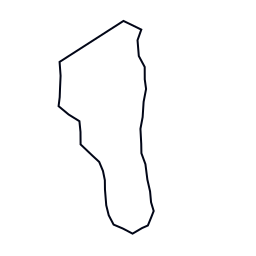 Kannavia, Nicosia, Cyprus, rotated 328°
{"feature_id": "46923920B89449499533313", "entity_name": "Kannavia", "entity_type": "district", "adm_level": 2, "iso_a3": "CYP", "parent_name": "Cyprus", "parent_adm1": "Nicosia", "projection": "equal_earth", "projection_center": [32.984, 34.982], "detail": "fine", "context": "isolated", "style": "outline", "palette": "ink", "viewbox_px": 256, "rotation_deg": 328, "n_neighbors": 0, "source": "geoboundaries", "source_scale": "gbopen_adm2", "svg_char_len": 622}
<svg xmlns="http://www.w3.org/2000/svg" viewBox="0 0 256 256"><g transform="rotate(328 128 128)"><path d="M80.7,72.7L84.8,85.1L90.4,96.5L85.6,106.2L79.1,116.8L83.2,132.7L85.6,141.5L84.0,151.2L80.7,160.0L75.9,167.9L68.6,182.0L65.4,191.8L64.6,202.3L70.2,210.3L71.4,212.3L75.9,220.0L86.9,220.3L93.2,221.2L100.7,215.8L105.8,212.0L108.2,203.2L113.1,193.5L117.1,182.0L123.6,167.9L126.0,156.5L130.8,148.5L138.1,135.3L146.2,126.5L155.1,114.1L164.0,104.5L168.0,95.6L174.5,85.1L175.3,72.7L182.6,58.6L191.4,51.6L180.9,34.8L105.0,35.7L98.5,48.0L91.2,58.6L86.4,65.7L80.7,72.7Z" fill="none" stroke="#020617" stroke-width="2"/></g></svg>